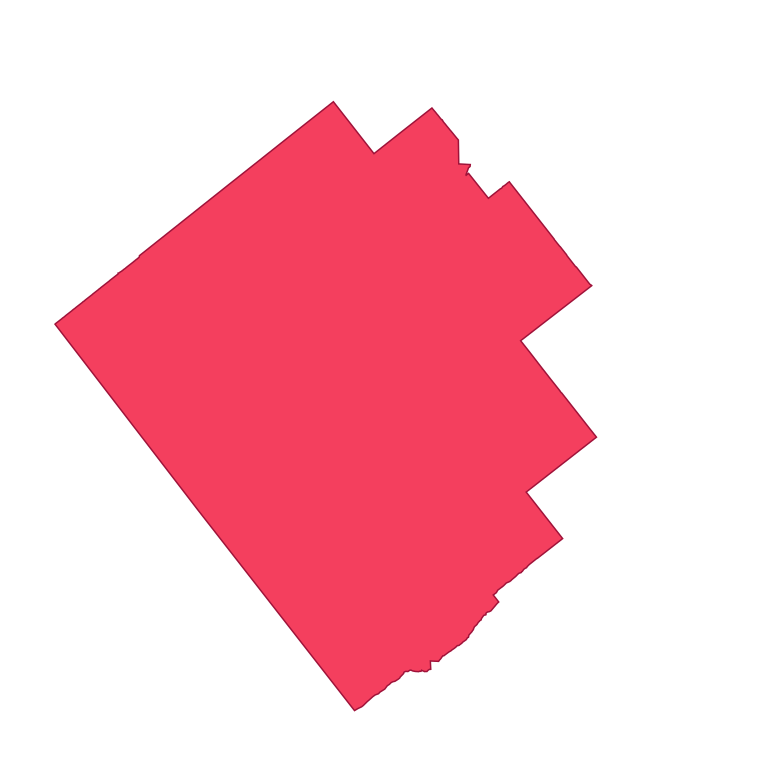 Southern Mallee, South Australia, Australia (Equal Earth projection), rotated 142°
{"feature_id": "25037944B47874528632088", "entity_name": "Southern Mallee", "entity_type": "district", "adm_level": 2, "iso_a3": "AUS", "parent_name": "Australia", "parent_adm1": "South Australia", "projection": "equal_earth", "projection_center": [140.616, -35.367], "detail": "fine", "context": "isolated", "style": "filled", "palette": "rose", "viewbox_px": 768, "rotation_deg": 142, "n_neighbors": 0, "source": "geoboundaries", "source_scale": "gbopen_adm2", "svg_char_len": 5931}
<svg xmlns="http://www.w3.org/2000/svg" viewBox="0 0 768 768"><g transform="rotate(142 384 384)"><path d="M608.3,144.8L604.3,144.3L600.4,143.4L598.2,143.4L593.1,144.0L587.9,144.3L585.5,144.5L582.3,144.4L579.0,143.3L576.9,143.7L571.2,143.1L567.2,144.2L564.6,144.0L562.4,144.3L560.5,144.0L558.4,143.0L554.4,142.6L552.8,142.6L551.6,143.1L546.7,143.8L546.1,144.4L545.3,144.6L543.7,144.1L542.2,142.7L539.7,142.5L538.9,141.9L538.1,140.3L536.4,138.3L533.7,135.9L533.0,135.8L531.7,134.8L530.6,135.3L529.8,133.6L529.4,133.2L529.3,132.6L527.2,131.0L525.2,131.3L523.7,131.1L523.4,130.7L522.8,130.4L518.0,137.2L515.1,134.7L514.5,134.2L511.7,131.8L509.8,132.4L509.1,132.4L507.3,132.9L506.2,133.3L504.9,133.6L504.3,133.0L498.1,132.9L495.3,132.5L494.4,132.6L491.1,132.4L488.4,132.5L487.8,132.7L487.0,132.6L486.6,132.2L485.6,131.8L485.1,131.9L482.2,131.8L481.2,132.1L476.8,131.9L476.6,131.9L474.4,132.7L473.4,132.4L471.6,133.9L467.1,134.7L466.3,135.1L464.8,135.4L464.0,136.1L463.1,136.5L462.5,136.9L461.3,137.1L460.0,137.1L459.3,137.3L459.0,137.2L456.2,138.2L455.1,138.2L454.4,138.5L452.6,138.3L451.7,139.1L448.5,140.1L447.5,140.2L445.9,139.4L445.4,139.7L445.0,140.4L444.1,140.7L442.8,140.6L441.3,139.8L439.4,139.4L429.9,141.4L427.8,141.6L427.8,150.5L423.9,150.4L421.4,151.5L414.1,151.4L410.1,151.9L406.4,150.9L405.8,151.0L405.0,150.9L404.0,151.1L398.5,151.3L395.8,151.7L394.2,151.8L392.2,151.0L391.8,151.0L390.9,151.3L390.3,151.2L388.0,151.9L385.9,151.8L385.0,151.5L384.6,151.5L383.7,151.9L382.5,152.1L382.2,152.1L380.8,152.3L370.8,152.4L370.6,152.2L370.3,152.2L369.6,152.2L369.2,152.2L338.4,152.2L338.5,211.3L310.8,211.3L292.4,211.3L270.3,211.3L249.3,211.3L249.4,223.4L249.4,223.7L249.4,224.0L249.4,224.7L249.4,225.3L249.4,225.7L249.4,225.8L249.4,226.3L249.4,226.7L249.4,227.2L249.4,227.6L249.4,228.5L249.5,228.8L249.4,229.0L249.5,267.6L249.6,267.8L249.7,268.1L249.7,269.0L249.7,269.6L249.6,269.9L249.6,270.2L249.6,270.6L249.6,271.5L249.6,271.9L249.6,272.3L249.6,272.6L249.7,285.5L249.7,297.4L249.7,297.7L249.9,298.1L249.7,298.2L249.7,298.4L249.7,299.2L249.7,302.5L249.6,318.8L249.7,334.0L224.8,333.9L200.1,333.8L159.7,333.6L159.7,334.0L159.9,334.5L160.1,335.1L160.3,335.7L160.4,336.0L160.4,357.8L160.8,358.5L160.8,372.6L160.6,373.2L160.6,373.6L160.5,373.9L160.6,374.8L160.6,382.9L160.6,383.5L160.7,384.1L160.8,384.9L160.9,393.1L160.7,393.3L160.7,401.1L160.7,401.3L160.8,465.4L160.8,465.8L160.7,466.1L161.4,466.3L161.9,466.3L162.4,466.3L162.7,466.3L163.1,466.3L163.4,466.3L164.3,466.2L164.5,466.2L165.0,466.2L165.4,466.2L166.2,466.2L167.1,466.2L167.5,466.3L168.4,466.4L168.7,466.5L168.8,466.5L169.0,466.4L169.7,466.2L170.6,465.9L170.9,465.9L171.0,465.9L171.4,466.0L171.7,466.1L171.9,466.2L187.4,466.1L187.7,497.9L190.8,497.9L190.8,498.0L190.5,498.4L190.2,498.7L189.8,498.9L189.4,499.2L189.1,499.3L184.8,502.0L184.4,502.3L182.3,502.4L180.9,503.8L189.6,511.4L175.3,530.3L175.2,530.4L175.2,531.2L175.2,531.7L175.3,532.9L175.3,533.5L175.4,538.3L175.4,538.9L175.5,542.5L175.6,543.6L175.6,544.2L175.6,545.1L175.6,545.6L175.7,548.3L175.7,548.7L175.7,549.7L175.7,551.2L175.8,552.3L175.8,553.9L175.8,554.9L175.6,555.2L175.6,555.5L175.5,556.5L175.9,556.9L175.9,557.4L176.0,559.1L176.0,560.5L176.0,560.9L176.0,562.1L176.0,562.5L176.1,564.0L176.1,564.5L176.1,565.0L176.1,566.8L176.2,568.0L176.2,568.6L176.3,571.0L176.3,572.0L217.1,571.9L250.1,571.7L250.1,594.4L250.1,637.6L317.3,637.2L352.7,636.9L384.1,636.7L441.5,636.2L497.7,635.7L497.8,635.6L498.2,635.2L498.7,634.8L499.1,634.6L499.3,634.6L500.1,634.6L500.9,634.6L501.6,634.5L501.8,634.6L502.7,634.6L503.1,634.6L504.0,634.6L504.4,634.5L505.0,634.5L505.4,634.6L505.7,634.5L506.0,634.5L506.5,634.5L507.0,634.5L507.8,634.5L508.6,634.5L509.2,634.5L510.1,634.5L510.4,634.5L511.3,634.5L511.8,634.5L512.5,634.5L512.8,634.5L513.5,634.5L514.3,634.5L515.0,634.5L515.5,634.5L516.4,634.4L517.3,634.4L518.0,634.5L518.9,634.5L519.0,634.5L519.9,634.4L520.2,634.5L520.5,634.4L520.8,634.5L521.0,634.5L521.4,634.4L521.8,634.5L522.4,634.6L523.0,634.7L523.6,634.6L524.0,634.7L524.7,634.8L525.3,635.1L525.6,634.6L525.9,634.4L526.3,634.4L526.6,634.4L527.0,634.4L527.9,634.4L528.3,634.4L528.8,634.4L529.6,634.4L531.0,634.4L531.5,634.4L531.8,634.4L532.1,634.4L532.8,634.4L533.5,634.4L534.1,634.4L534.4,634.4L535.7,634.4L536.3,634.4L536.7,634.3L537.3,634.3L537.8,634.3L538.4,634.3L538.6,634.3L539.0,634.3L539.4,634.3L539.6,634.3L539.8,634.3L540.0,634.3L540.5,634.3L541.2,634.3L542.0,634.3L542.9,634.3L543.1,634.3L543.4,634.3L543.9,634.3L544.1,634.3L544.3,634.3L544.5,634.3L545.0,634.3L545.6,634.3L545.8,634.3L546.4,634.3L546.9,634.3L547.4,634.3L547.8,634.3L548.1,634.3L548.4,634.3L548.6,634.2L548.9,634.2L549.0,634.2L549.8,634.3L550.1,634.3L551.0,634.2L551.6,634.2L551.8,634.2L552.1,634.2L552.8,634.2L553.6,634.2L554.3,634.2L555.2,634.2L555.5,634.2L556.3,634.2L557.2,634.2L557.6,634.2L558.4,634.2L558.7,634.1L559.3,634.1L559.8,634.1L560.7,634.1L560.8,634.1L561.0,634.1L561.3,634.1L561.9,634.1L562.2,634.1L563.1,634.1L564.0,634.1L564.6,634.1L565.5,634.1L566.2,634.1L566.6,634.1L567.4,634.1L567.6,634.1L568.0,634.1L568.5,634.0L569.1,634.0L569.7,634.0L570.1,634.1L570.9,634.1L571.4,634.0L571.6,634.0L572.4,634.0L573.0,634.0L573.6,634.0L573.8,634.0L574.1,634.0L574.4,634.0L574.6,634.0L575.0,634.0L575.4,634.0L575.9,634.0L576.5,634.0L577.3,634.0L578.1,634.0L578.3,634.0L579.3,634.0L579.7,634.0L580.2,634.0L581.1,633.9L581.4,633.9L582.1,634.0L582.8,634.0L583.3,634.0L583.6,634.0L583.9,634.0L584.7,633.9L585.3,633.9L585.8,633.9L586.3,633.9L586.5,633.9L587.9,633.9L588.4,633.9L588.9,633.9L590.0,633.9L592.2,633.9L592.7,633.9L593.0,633.9L593.8,633.8L594.3,633.8L595.2,633.8L595.9,633.8L596.6,633.9L597.5,633.8L597.8,633.8L598.3,633.8L598.6,633.8L598.8,633.8L599.0,633.8L599.3,633.8L600.1,633.8L600.6,633.8L601.4,633.8L601.9,633.8L602.5,633.8L602.9,633.8L603.3,633.8L603.7,633.8L604.4,633.8L605.0,633.8L605.7,633.8L606.0,633.7L606.4,633.7L608.2,398.9L608.2,390.0L608.3,144.8Z" fill="#f43f5e" stroke="#9f1239" stroke-width="1.5"/></g></svg>